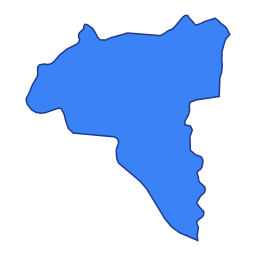 outline of Valga
{"feature_id": "EST-2349", "entity_name": "Valga", "entity_type": "County", "adm_level": 1, "iso_a3": "EST", "parent_name": "Estonia", "parent_adm1": "", "projection": "mercator", "projection_center": [26.16, 57.869], "detail": "fine", "context": "isolated", "style": "filled", "palette": "blue", "viewbox_px": 256, "rotation_deg": 0, "n_neighbors": 0, "source": "natural_earth", "source_scale": "10m", "svg_char_len": 1689}
<svg xmlns="http://www.w3.org/2000/svg" viewBox="0 0 256 256"><path d="M40.5,113.2L35.9,112.4L31.5,109.8L27.4,104.3L26.4,101.4L26.2,99.0L26.2,98.6L29.9,91.5L31.1,87.9L32.5,84.8L37.3,76.4L37.8,73.1L37.6,69.7L37.8,66.7L39.6,64.8L44.6,64.0L47.5,64.5L50.8,63.9L54.0,61.6L59.7,55.0L66.9,49.1L77.5,43.7L78.9,41.8L79.6,39.3L78.7,37.3L78.5,35.6L79.1,33.4L80.5,31.7L83.2,29.3L83.7,27.7L83.9,25.9L85.0,24.3L87.4,24.7L92.5,28.4L95.2,32.4L97.6,37.3L100.0,39.9L106.0,40.0L110.0,38.0L127.6,33.0L160.3,35.6L164.0,33.7L168.4,30.5L171.6,29.5L175.0,26.5L182.8,17.1L185.2,15.4L187.6,15.4L189.7,18.7L191.6,20.4L195.5,25.0L197.6,24.6L201.3,23.3L203.9,21.8L215.1,18.2L218.8,21.0L220.7,23.3L224.8,26.3L226.6,28.3L229.8,34.6L225.9,38.9L225.3,40.2L224.0,44.1L221.9,52.0L222.0,54.9L221.7,58.9L222.2,66.2L221.6,72.7L219.9,77.3L219.2,96.5L196.8,99.8L190.3,102.1L189.6,104.0L189.4,107.0L189.6,110.3L188.5,115.0L186.2,118.8L184.9,121.5L184.9,124.7L190.4,126.0L192.3,130.0L189.8,137.0L190.0,138.7L190.4,150.3L195.6,154.8L201.0,156.6L202.7,159.4L203.0,162.1L201.9,167.0L200.6,169.2L198.7,170.5L197.3,172.0L197.3,174.1L198.3,176.9L198.7,180.6L200.2,183.0L202.6,184.9L204.9,187.2L205.2,190.0L204.4,192.5L200.5,196.1L196.8,202.5L197.2,203.9L199.6,207.1L203.8,211.7L203.8,213.7L203.1,215.8L201.4,217.6L197.9,220.2L196.7,222.2L196.9,223.5L197.7,225.7L198.4,227.3L197.2,235.3L197.8,240.5L182.3,233.9L179.8,232.9L171.7,227.0L165.1,219.1L146.6,188.7L140.1,181.2L118.5,163.0L116.8,158.5L116.2,151.0L116.8,147.6L117.9,145.4L118.6,143.2L118.0,139.7L116.5,137.9L114.2,136.8L73.2,133.1L68.3,128.3L65.8,121.0L63.9,113.6L61.0,108.4L58.0,108.3L55.8,109.1L45.3,112.7L40.5,113.2Z" fill="#3b82f6" stroke="#1e3a8a" stroke-width="1.5"/></svg>